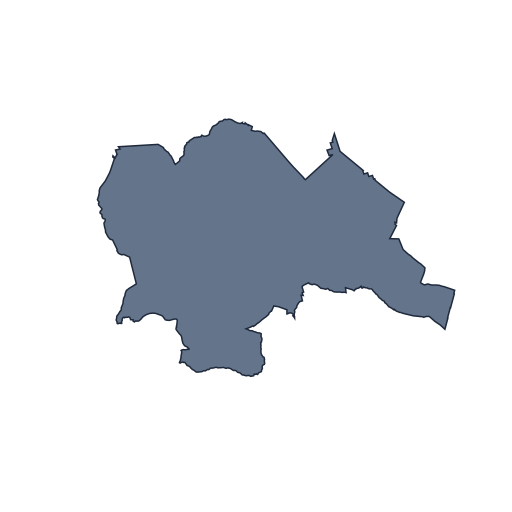 Ocotepec, Puebla, Mexico, rotated 325°
{"feature_id": "50627088B5073197281792", "entity_name": "Ocotepec", "entity_type": "district", "adm_level": 2, "iso_a3": "MEX", "parent_name": "Mexico", "parent_adm1": "Puebla", "projection": "natural_earth1", "projection_center": [-97.69, 19.551], "detail": "fine", "context": "isolated", "style": "filled", "palette": "slate", "viewbox_px": 512, "rotation_deg": 325, "n_neighbors": 0, "source": "geoboundaries", "source_scale": "gbopen_adm2", "svg_char_len": 6161}
<svg xmlns="http://www.w3.org/2000/svg" viewBox="0 0 512 512"><g transform="rotate(325 256 256)"><path d="M206.0,87.6L206.0,90.4L201.7,88.6L200.4,93.3L199.9,93.2L196.9,94.9L196.3,91.9L195.5,92.7L196.0,94.9L186.6,101.9L183.7,103.9L175.6,108.1L167.4,110.7L165.1,112.5L163.7,114.5L161.7,116.4L158.4,118.9L158.3,120.2L158.4,121.6L158.2,122.0L157.0,122.7L156.4,124.1L156.9,128.9L156.1,129.6L154.3,130.0L153.4,130.6L152.9,131.4L153.5,133.6L153.2,134.3L152.7,134.9L152.1,136.6L152.4,137.9L153.3,138.7L153.5,139.3L153.4,139.8L152.1,141.1L150.8,141.5L150.1,142.2L148.7,145.2L147.4,148.8L146.5,150.0L145.8,155.2L145.9,156.8L146.1,158.5L147.7,160.6L146.1,170.6L145.9,171.2L145.4,171.4L145.1,171.9L144.9,174.8L145.9,176.9L146.9,178.2L148.5,178.8L151.3,183.5L151.8,184.5L142.0,210.2L132.8,209.7L131.2,209.9L130.3,209.8L129.9,210.0L127.6,211.5L126.7,212.3L126.3,213.0L123.2,214.9L120.8,217.3L119.7,218.7L116.1,221.0L114.6,222.9L113.7,223.3L112.9,223.3L109.7,224.8L108.2,225.1L107.1,225.8L106.1,227.1L105.1,227.8L104.6,228.6L104.4,230.5L103.7,231.2L103.7,231.9L104.0,232.3L105.3,232.6L107.1,234.1L107.6,234.0L107.5,233.2L109.4,232.1L109.7,231.5L111.1,230.3L112.7,230.4L112.9,231.2L113.9,231.3L115.5,232.5L116.6,232.7L117.4,233.9L116.8,236.3L118.8,237.9L118.0,238.8L118.6,240.3L119.8,240.1L122.4,241.9L123.2,242.0L125.2,241.8L128.7,240.9L132.4,241.1L135.8,242.0L138.4,243.4L140.7,245.2L144.4,250.4L145.0,251.6L145.1,256.2L145.9,257.2L148.1,259.1L153.2,260.9L154.5,262.0L154.8,262.7L154.4,263.8L151.8,266.8L150.3,268.1L150.2,268.8L149.2,269.1L148.4,270.4L148.6,275.7L149.0,277.9L148.6,279.7L147.0,283.0L146.7,284.1L146.2,285.0L146.1,285.8L146.0,288.6L147.4,290.9L147.5,292.0L147.9,293.2L147.8,293.9L147.3,294.0L146.6,293.3L143.8,292.0L143.0,291.1L141.7,290.5L140.5,290.4L140.6,291.0L139.7,292.5L137.0,295.2L135.6,297.0L135.1,297.2L134.2,298.2L132.3,299.2L132.1,299.7L132.7,300.3L134.2,300.4L135.0,300.8L135.5,301.6L136.0,301.6L136.7,302.6L136.8,304.8L136.7,306.0L137.8,307.6L138.3,308.9L138.4,310.6L138.8,312.4L139.6,313.9L140.4,316.6L141.2,317.4L145.3,319.7L147.2,319.9L148.7,321.1L151.0,321.1L152.2,322.0L154.5,321.8L156.2,323.0L159.6,324.3L160.7,325.9L161.6,326.2L162.2,326.8L165.5,328.7L166.9,330.7L167.2,331.0L168.6,331.3L170.5,333.5L171.7,336.5L172.0,337.0L173.2,337.6L173.8,338.5L174.3,340.8L175.9,342.6L176.5,345.5L177.7,346.5L177.8,346.9L179.0,348.0L179.2,348.5L180.8,349.2L181.9,350.0L182.4,351.2L182.8,351.6L185.1,352.7L185.6,352.7L186.6,351.8L187.1,351.8L187.7,352.7L188.4,352.9L188.7,352.8L188.9,353.4L189.4,354.0L191.1,353.2L194.0,353.8L195.7,352.2L196.2,352.2L196.8,351.7L197.9,349.7L198.8,349.4L200.7,349.5L201.4,349.1L202.7,346.7L203.4,345.8L203.7,345.6L204.4,343.9L204.4,343.3L203.9,342.6L203.9,340.4L204.3,338.7L205.0,337.4L207.2,334.6L207.4,333.7L209.0,331.9L209.1,331.0L209.7,330.7L210.1,329.7L211.0,329.6L211.0,329.4L211.9,328.9L213.1,327.6L213.6,326.7L213.9,325.0L215.7,322.5L214.8,321.1L213.1,319.7L212.1,318.0L210.9,316.7L210.3,315.4L209.3,314.4L208.2,313.7L207.2,311.5L206.1,310.0L211.1,311.2L213.0,311.4L213.5,311.7L213.6,312.2L215.9,312.3L219.2,311.9L219.6,312.2L224.6,311.6L229.7,311.5L232.9,311.1L233.7,310.3L236.4,309.8L237.0,310.1L242.0,307.1L242.6,307.9L245.3,310.4L250.5,317.8L248.1,321.2L248.8,321.5L250.5,321.7L251.8,322.5L252.5,323.4L253.0,324.9L252.8,325.6L251.8,326.1L252.1,326.9L252.0,329.0L252.9,327.6L252.5,326.5L253.5,326.4L254.0,325.4L255.8,324.0L256.0,322.9L256.6,322.3L259.9,321.4L260.9,320.2L264.5,318.7L265.7,318.5L268.3,319.4L270.5,314.0L272.0,315.4L272.7,312.5L274.3,312.9L275.9,308.1L276.6,307.3L278.9,307.3L283.8,308.2L283.8,309.3L285.5,311.7L287.6,312.4L289.5,315.2L290.6,319.6L293.0,321.9L293.9,323.2L296.2,323.8L296.7,326.5L298.0,327.4L299.0,329.6L299.6,330.4L302.6,332.7L303.7,333.3L305.6,335.2L307.7,336.4L308.8,337.7L311.1,333.3L315.6,338.9L316.4,340.8L316.9,340.8L317.7,340.2L318.8,340.5L319.5,340.1L321.4,341.1L322.6,341.2L324.8,341.0L324.8,341.4L324.2,342.3L324.5,343.2L325.2,343.4L325.7,343.0L326.3,343.1L327.4,344.8L328.4,345.5L329.9,347.9L331.4,348.9L332.0,349.9L331.9,351.4L332.4,354.6L332.3,355.6L333.0,356.9L333.0,360.8L333.5,362.1L334.1,364.9L335.2,366.7L334.7,368.0L335.4,370.0L335.7,373.9L336.1,374.4L337.1,376.3L338.1,379.3L338.7,379.0L339.3,381.5L341.5,384.8L342.3,385.4L343.2,386.9L350.5,395.2L357.8,401.5L358.3,402.5L358.6,402.4L361.0,403.3L362.6,404.3L363.4,405.4L365.0,412.1L367.4,418.3L368.7,424.4L377.7,416.8L377.5,416.5L385.6,409.7L385.7,410.0L396.7,400.8L396.5,400.3L399.1,398.0L392.6,389.1L390.9,387.3L389.3,385.1L386.8,383.0L383.2,380.5L380.8,377.5L377.5,376.3L376.9,375.5L375.5,372.3L375.7,371.9L383.0,367.0L385.4,365.1L387.6,362.6L386.4,357.0L385.5,354.9L383.3,347.2L382.9,344.7L381.7,341.7L380.2,335.1L382.8,323.9L375.5,318.5L388.6,311.6L388.1,310.0L389.2,308.0L390.1,309.5L393.2,305.9L408.3,297.1L402.0,280.1L397.1,262.6L397.6,260.8L396.5,260.5L397.6,256.8L394.0,255.6L395.1,251.9L391.4,250.7L392.5,247.0L392.8,247.1L384.9,218.5L390.4,200.7L384.8,205.0L384.3,206.8L381.7,206.0L380.0,211.7L374.9,210.0L373.5,215.7L377.2,217.0L340.2,221.8L340.0,220.6L339.7,220.2L339.9,219.1L337.5,203.5L336.8,197.2L333.2,160.0L332.7,159.7L332.1,159.8L331.4,156.9L328.7,154.3L326.9,153.4L324.2,150.4L327.2,147.9L325.0,144.0L324.6,144.4L323.5,140.7L322.6,141.4L320.7,139.2L321.2,138.8L319.3,138.5L318.3,137.7L317.5,136.8L315.9,134.2L314.2,130.3L312.8,128.8L311.8,128.0L311.3,128.0L309.5,127.0L309.2,126.3L307.8,125.9L306.2,126.2L303.0,124.8L301.6,125.4L298.2,125.7L295.8,125.1L294.2,125.3L291.9,126.6L289.7,127.5L287.4,129.7L286.1,129.7L283.7,129.1L282.8,128.5L281.9,127.9L281.1,126.2L280.7,125.9L279.6,126.7L278.8,126.2L278.2,126.3L277.4,125.9L277.0,125.3L276.5,125.4L275.8,125.1L275.6,124.7L275.0,124.6L273.5,123.6L268.6,123.4L267.0,123.5L266.5,124.1L266.1,124.2L265.2,123.6L264.4,123.5L263.2,124.6L260.6,125.2L260.2,125.5L260.1,126.1L259.5,126.2L258.6,127.1L258.3,127.9L257.6,128.7L256.6,129.3L256.4,130.0L255.0,131.8L254.3,132.2L250.6,132.3L249.4,132.6L248.3,134.0L247.9,134.3L244.1,134.7L243.3,134.5L242.4,134.6L242.6,131.9L243.0,130.9L243.8,125.3L243.5,124.4L243.5,120.4L242.9,119.4L242.5,117.9L242.0,114.9L242.4,114.1L239.8,108.4L206.0,87.6Z" fill="#64748b" stroke="#1e293b" stroke-width="1.5"/></g></svg>